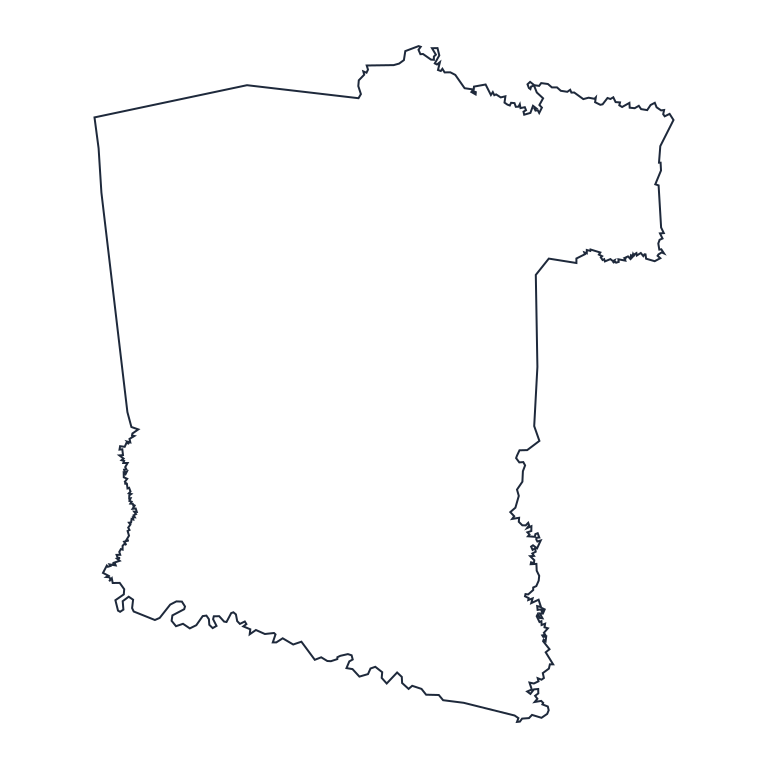 Jayapura, Papua, Indonesia (Mercator projection)
{"feature_id": "22746128B71103770185906", "entity_name": "Jayapura", "entity_type": "district", "adm_level": 2, "iso_a3": "IDN", "parent_name": "Indonesia", "parent_adm1": "Papua", "projection": "mercator", "projection_center": [140.203, -3.036], "detail": "fine", "context": "isolated", "style": "outline", "palette": "slate", "viewbox_px": 768, "rotation_deg": 0, "n_neighbors": 0, "source": "geoboundaries", "source_scale": "gbopen_adm2", "svg_char_len": 6038}
<svg xmlns="http://www.w3.org/2000/svg" viewBox="0 0 768 768"><path d="M673.5,120.0L669.6,113.9L664.7,116.3L663.2,114.2L664.1,110.0L661.1,110.4L656.6,107.3L654.8,102.8L650.6,105.0L647.2,110.1L641.1,109.1L638.8,105.8L634.7,108.2L629.7,107.7L629.4,102.9L622.1,107.0L619.3,105.3L620.0,102.4L615.6,102.1L613.3,97.3L610.4,99.0L607.5,98.0L602.6,104.3L600.3,104.8L595.1,102.2L595.8,97.4L594.5,98.8L588.6,97.7L583.3,99.1L574.2,92.5L571.4,92.6L570.2,89.8L567.3,91.8L560.8,90.8L557.0,87.4L551.9,87.4L547.9,84.0L541.2,83.1L539.1,85.9L534.3,85.2L530.1,81.9L527.5,84.3L528.9,88.0L530.4,89.1L531.1,86.6L534.0,85.5L536.8,92.5L543.1,98.3L539.4,105.0L541.9,107.6L539.2,113.0L537.7,110.2L535.5,110.6L534.5,108.7L536.2,108.3L533.0,105.8L530.4,112.9L524.2,114.7L523.5,111.7L526.0,110.2L524.8,107.2L520.5,108.1L519.8,104.2L518.5,106.7L515.8,106.8L514.5,103.1L511.1,102.8L509.8,105.5L507.4,104.6L504.5,102.6L505.4,96.3L500.7,97.4L496.1,94.4L494.3,95.2L492.8,92.1L490.9,95.0L485.6,84.5L474.0,86.6L473.4,91.3L475.8,92.1L475.6,94.4L471.4,92.0L473.4,89.5L464.6,88.2L455.3,74.9L450.3,72.3L444.6,72.4L442.4,68.8L440.8,71.0L438.0,70.0L439.9,62.2L437.0,64.5L434.8,63.4L439.3,55.4L437.5,48.1L432.0,48.2L435.9,54.7L433.9,56.5L433.9,59.8L431.0,59.6L423.0,54.0L420.4,54.2L418.5,49.8L420.7,46.8L418.6,46.1L405.3,51.1L403.9,60.1L399.1,63.6L393.7,65.1L366.7,65.5L368.0,69.6L366.5,72.7L363.3,71.4L364.2,74.7L358.8,80.3L358.3,86.1L360.9,94.1L358.5,98.2L247.0,85.2L94.5,117.4L98.6,148.3L101.4,192.5L127.4,412.1L131.4,427.0L138.3,429.4L132.4,433.5L132.0,435.5L134.3,436.0L129.5,438.9L130.3,442.4L127.2,441.6L129.1,443.8L126.5,442.8L124.7,446.8L120.1,446.2L119.5,449.6L122.3,449.3L123.0,455.1L119.4,455.4L123.6,458.6L121.6,460.2L124.1,460.9L123.3,463.0L127.6,463.0L125.2,467.1L126.4,469.4L124.1,469.7L124.9,472.5L126.8,471.7L125.5,474.3L123.7,472.9L123.8,477.3L127.2,478.8L124.9,481.7L126.1,483.2L124.4,483.7L126.9,483.8L127.5,488.4L129.1,487.8L130.5,491.5L128.8,493.4L131.2,494.0L129.3,495.4L129.2,498.5L130.6,498.3L129.4,500.9L131.6,501.7L130.4,503.6L132.8,503.8L133.6,506.6L135.2,504.7L132.6,508.8L135.7,508.5L136.8,511.9L134.2,511.7L136.0,514.1L133.6,515.3L134.8,517.3L132.9,517.2L133.3,519.5L131.6,518.9L131.1,522.5L129.0,522.7L130.4,524.6L128.2,527.6L129.5,530.0L127.6,531.0L129.0,535.7L126.4,540.0L128.7,540.5L124.1,541.7L126.3,544.9L124.4,543.9L122.6,545.8L122.6,549.6L120.9,549.1L119.3,551.9L120.2,554.8L116.6,554.9L117.6,557.6L120.0,558.0L117.0,558.6L119.7,560.8L113.4,562.9L113.0,564.6L115.1,563.8L115.7,565.4L109.5,564.4L110.4,566.0L107.8,566.8L106.8,565.6L103.0,572.9L108.4,575.7L106.4,577.0L109.4,577.3L110.5,579.3L109.2,581.3L111.8,578.3L112.7,583.0L119.7,582.9L124.2,589.2L123.8,594.4L115.4,600.2L118.0,610.6L120.1,611.8L123.4,609.6L122.7,601.2L128.7,596.7L133.1,599.7L132.1,608.1L133.7,611.5L154.9,620.0L159.7,617.9L170.2,604.6L176.4,601.4L181.9,601.6L185.0,606.5L184.2,609.2L172.4,615.4L171.6,620.8L176.0,626.2L183.0,623.8L189.8,628.4L196.3,625.2L202.7,616.1L206.4,615.6L208.9,619.2L209.3,624.8L212.7,628.1L216.5,625.9L213.1,619.2L213.8,616.3L219.2,616.2L224.1,621.6L226.5,622.0L231.2,613.1L233.4,612.3L235.9,614.4L237.2,621.1L239.9,623.9L244.8,621.5L246.4,624.1L243.3,626.4L250.3,629.3L249.7,634.3L255.9,630.0L264.9,634.0L274.0,633.0L275.5,634.4L272.8,642.4L276.3,642.4L282.7,638.3L293.2,644.5L301.4,641.7L314.8,659.8L321.2,657.3L327.3,661.0L330.9,661.2L337.3,659.1L337.4,657.2L340.4,655.8L347.9,654.1L351.6,655.3L352.7,659.5L349.3,661.4L346.5,668.1L352.5,669.1L359.4,676.6L368.0,674.1L370.5,668.5L375.3,666.8L382.2,672.2L381.7,677.9L386.7,683.5L397.1,672.5L401.8,676.9L402.1,683.0L408.6,688.9L412.2,685.8L421.5,688.9L426.1,694.7L438.8,695.0L443.1,700.2L463.7,702.8L514.6,715.5L518.4,718.1L517.0,721.9L519.9,721.6L522.1,718.6L529.0,718.1L532.0,714.9L541.5,717.8L547.2,713.9L548.7,710.2L547.8,706.5L542.4,704.4L543.2,702.9L541.2,700.9L534.7,702.0L537.4,698.8L535.1,695.8L538.3,693.4L538.2,689.0L533.9,689.4L530.4,693.9L527.2,691.5L531.8,689.5L529.5,682.6L533.9,683.5L538.5,681.3L537.7,678.2L541.5,679.7L543.9,678.0L542.8,673.1L548.9,668.6L549.9,664.3L553.1,664.3L545.7,652.3L549.5,649.2L543.1,641.2L543.7,639.6L545.6,641.2L546.2,636.5L543.3,636.9L542.3,635.4L545.2,634.8L543.9,632.8L547.9,628.3L544.5,627.3L545.1,623.7L541.6,625.0L541.4,621.2L539.5,622.0L536.7,616.2L537.8,614.1L539.9,618.0L542.5,618.3L539.8,613.4L542.9,613.6L544.7,609.4L542.6,608.4L542.4,612.6L540.9,609.4L537.6,609.9L537.2,606.1L541.0,607.1L538.6,599.7L531.3,603.1L532.6,598.4L528.3,600.0L528.7,598.1L525.0,596.3L525.5,594.1L528.2,594.4L533.2,590.0L533.2,587.5L536.3,586.1L538.7,580.6L539.2,575.8L536.7,570.7L536.4,563.9L530.7,564.2L531.1,562.3L533.9,563.2L534.3,560.2L530.2,556.2L534.0,555.9L532.3,553.5L535.7,551.7L535.2,548.3L532.6,549.9L531.1,546.6L533.0,545.3L537.1,548.3L540.7,540.5L537.4,541.5L536.3,539.5L536.4,537.8L539.3,537.5L537.7,533.2L535.4,534.1L534.8,536.8L528.0,536.3L529.5,534.5L527.4,532.3L531.3,531.0L531.4,526.2L527.1,528.1L529.1,525.3L528.2,522.8L525.7,525.4L522.3,525.3L518.8,521.8L519.1,517.8L512.2,518.9L514.2,516.2L510.3,512.1L515.4,507.7L518.8,495.9L517.0,489.6L522.4,481.7L522.9,471.2L525.1,465.4L523.3,462.1L519.3,462.4L516.1,458.1L517.0,455.6L519.5,450.3L527.2,450.1L539.4,440.9L534.2,426.1L537.4,366.9L535.8,274.9L548.8,258.6L576.4,263.0L576.4,258.5L585.0,254.2L584.3,252.4L586.8,253.3L586.8,250.0L590.3,250.9L590.5,249.5L600.3,252.5L598.9,254.6L602.1,256.2L600.8,257.4L602.6,260.0L604.2,259.2L604.9,261.4L610.4,259.1L612.9,261.1L614.5,260.3L613.1,263.0L615.0,261.4L616.1,262.7L618.7,261.9L618.4,259.3L625.3,260.6L624.5,258.4L626.4,258.4L625.0,257.8L628.0,256.4L630.5,259.1L632.3,257.2L630.6,257.0L631.0,255.2L632.6,256.1L633.1,254.0L633.8,255.3L635.0,255.6L633.8,254.7L636.4,253.1L636.8,255.5L640.8,253.0L643.3,256.1L644.5,254.3L645.5,254.4L646.1,258.7L654.7,261.2L660.3,258.2L657.6,255.8L658.5,254.4L661.7,252.4L664.0,253.4L661.3,249.3L659.3,249.6L658.3,243.5L659.6,239.8L662.5,238.5L660.0,233.4L663.8,233.1L661.1,227.5L658.6,185.4L655.3,184.3L661.0,170.5L660.6,162.7L659.0,162.7L660.3,146.1L673.5,120.0Z" fill="none" stroke="#1e293b" stroke-width="2"/></svg>